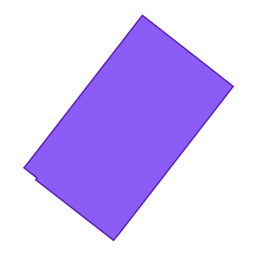 Scotts Bluff, Nebraska, United States of America, rotated 128°
{"feature_id": "52423323B66361254084012", "entity_name": "Scotts Bluff", "entity_type": "district", "adm_level": 2, "iso_a3": "USA", "parent_name": "United States of America", "parent_adm1": "Nebraska", "projection": "mercator", "projection_center": [-103.789, 41.851], "detail": "fine", "context": "isolated", "style": "filled", "palette": "violet", "viewbox_px": 256, "rotation_deg": 128, "n_neighbors": 0, "source": "geoboundaries", "source_scale": "gbopen_adm2", "svg_char_len": 367}
<svg xmlns="http://www.w3.org/2000/svg" viewBox="0 0 256 256"><g transform="rotate(128 128 128)"><path d="M225.4,70.2L214.6,70.0L30.5,70.7L30.5,71.8L30.5,73.3L30.4,73.4L30.4,80.5L30.5,81.6L30.4,103.7L30.4,107.0L30.4,114.9L30.4,172.6L30.4,186.0L218.2,185.3L223.4,185.5L223.4,168.8L225.6,168.7L225.4,70.2Z" fill="#8b5cf6" stroke="#5b21b6" stroke-width="1.5"/></g></svg>